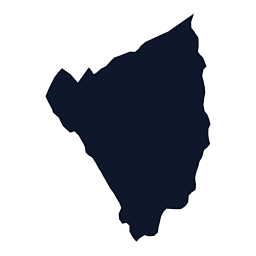 outline of Elísio Medrado, Bahia, Brazil
{"feature_id": "56859067B75259034115126", "entity_name": "Elísio Medrado", "entity_type": "district", "adm_level": 2, "iso_a3": "BRA", "parent_name": "Brazil", "parent_adm1": "Bahia", "projection": "equal_earth", "projection_center": [-39.53, -12.938], "detail": "fine", "context": "isolated", "style": "filled", "palette": "ink", "viewbox_px": 256, "rotation_deg": 0, "n_neighbors": 0, "source": "geoboundaries", "source_scale": "gbopen_adm2", "svg_char_len": 1503}
<svg xmlns="http://www.w3.org/2000/svg" viewBox="0 0 256 256"><path d="M136.4,240.6L138.8,237.9L141.5,236.2L144.5,234.3L148.9,235.6L153.9,235.1L157.2,232.0L157.8,227.1L158.8,223.3L160.5,215.9L163.0,211.2L166.1,207.9L170.3,208.1L174.5,208.4L180.6,208.4L184.7,205.8L187.5,201.8L188.0,195.2L190.8,192.2L194.8,189.3L195.3,184.7L194.3,177.7L195.8,171.3L197.6,166.3L198.8,161.2L201.5,156.6L203.4,149.6L206.8,146.8L209.3,143.7L208.2,139.5L207.5,134.4L207.7,128.4L209.7,124.2L208.1,118.3L206.5,114.7L203.9,111.4L202.7,105.0L203.4,98.6L204.5,92.7L204.1,87.5L202.9,81.7L201.4,75.8L202.7,69.2L205.6,66.3L204.1,62.5L202.5,58.0L199.4,55.1L197.1,51.9L197.8,47.1L197.9,42.0L197.6,37.8L195.1,34.4L193.2,31.2L190.6,28.3L190.4,21.7L192.6,15.4L168.4,32.3L155.7,38.0L145.9,42.5L141.3,46.4L139.0,49.6L135.3,52.6L130.2,52.4L125.3,54.2L119.5,56.5L114.8,58.1L112.0,60.7L106.3,66.9L101.6,69.2L99.1,71.4L96.4,73.7L93.3,75.2L91.1,71.4L88.9,68.6L77.9,83.9L70.2,75.0L62.1,69.2L58.3,73.3L54.9,77.9L52.1,83.6L50.3,87.0L48.6,90.9L46.3,96.3L48.4,100.8L50.6,105.0L52.5,108.4L53.9,112.4L56.7,114.8L59.4,117.2L61.2,121.1L63.3,125.3L66.3,128.2L70.2,131.8L74.6,130.4L79.3,135.0L81.2,138.5L83.9,143.0L85.7,147.0L86.4,152.3L89.8,155.3L92.6,156.7L95.6,161.4L97.7,165.0L99.5,168.4L101.4,171.2L103.5,175.2L105.7,178.9L108.2,183.4L110.7,187.8L114.2,192.6L117.2,197.9L120.1,202.6L122.1,207.9L119.4,214.0L119.9,219.1L122.6,222.9L126.6,222.0L130.2,225.2L130.2,231.2L133.0,236.4L136.4,240.6Z" fill="#0f172a" stroke="#020617" stroke-width="1.5"/></svg>